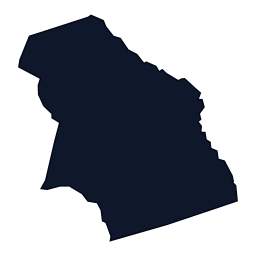 the district of Bulloch, Georgia, United States of America
{"feature_id": "52423323B90493034811524", "entity_name": "Bulloch", "entity_type": "district", "adm_level": 2, "iso_a3": "USA", "parent_name": "United States of America", "parent_adm1": "Georgia", "projection": "natural_earth1", "projection_center": [-81.717, 32.403], "detail": "fine", "context": "isolated", "style": "filled", "palette": "ink", "viewbox_px": 256, "rotation_deg": 0, "n_neighbors": 0, "source": "geoboundaries", "source_scale": "gbopen_adm2", "svg_char_len": 883}
<svg xmlns="http://www.w3.org/2000/svg" viewBox="0 0 256 256"><path d="M29.5,36.3L20.1,59.6L18.9,66.9L40.6,78.4L38.4,85.4L38.7,94.6L43.9,105.8L52.1,113.7L52.1,117.8L59.8,122.5L54.9,141.1L45.7,180.6L41.2,188.5L47.1,189.3L59.8,185.9L69.3,185.8L82.3,193.6L88.0,201.0L97.4,202.6L101.3,210.2L102.6,220.8L106.1,222.4L111.2,236.4L110.4,240.6L167.7,224.1L237.1,200.8L235.6,185.7L232.0,181.8L233.2,181.3L232.1,175.9L224.3,161.1L218.0,159.2L216.9,151.1L210.7,148.4L210.0,142.3L206.0,139.8L204.9,132.6L200.7,132.3L201.2,126.2L197.8,121.6L200.6,119.3L199.2,113.6L204.0,107.0L202.0,99.7L197.9,99.7L200.3,93.0L195.9,89.2L184.6,78.8L181.8,79.0L178.4,80.7L179.2,81.4L166.1,73.5L162.3,69.8L159.0,71.9L155.9,66.4L146.2,62.2L143.9,63.6L136.8,54.6L128.1,50.0L120.2,38.5L113.2,36.4L105.6,26.6L103.2,20.7L91.0,15.4L88.3,17.3L50.7,29.5L29.5,36.3Z" fill="#0f172a" stroke="#020617" stroke-width="1.5"/></svg>